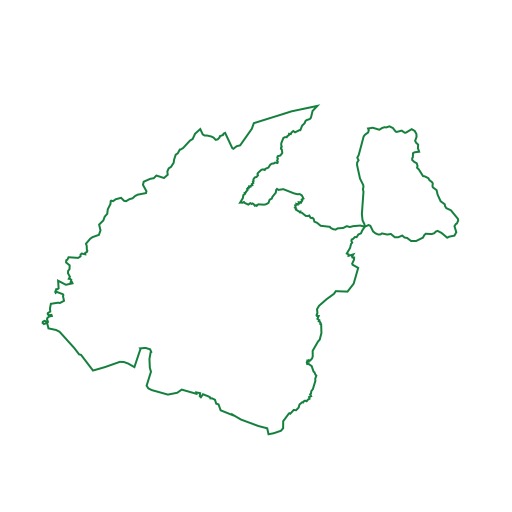 the district of Lahat, Sumatera Selatan, Indonesia, rotated 197°
{"feature_id": "22746128B84107388414918", "entity_name": "Lahat", "entity_type": "district", "adm_level": 2, "iso_a3": "IDN", "parent_name": "Indonesia", "parent_adm1": "Sumatera Selatan", "projection": "albers", "projection_center": [103.338, -3.877], "detail": "fine", "context": "isolated", "style": "outline", "palette": "green", "viewbox_px": 512, "rotation_deg": 197, "n_neighbors": 0, "source": "geoboundaries", "source_scale": "gbopen_adm2", "svg_char_len": 6134}
<svg xmlns="http://www.w3.org/2000/svg" viewBox="0 0 512 512"><g transform="rotate(197 256 256)"><path d="M160.5,315.8L165.2,315.6L171.9,312.9L174.8,311.1L177.9,311.1L180.8,308.3L186.0,306.3L187.6,304.5L190.2,304.2L192.9,304.7L193.9,305.5L203.0,303.8L207.3,305.6L210.2,305.9L211.8,308.4L213.2,309.0L214.4,308.4L215.2,308.6L216.9,310.3L217.9,309.4L220.2,308.9L224.8,310.8L226.6,310.6L226.7,311.4L227.4,311.0L231.4,312.0L231.3,312.7L232.8,313.6L232.3,314.2L233.4,315.9L232.1,316.9L232.5,317.6L231.1,317.5L231.2,318.1L230.1,318.7L230.8,319.9L228.8,320.0L229.0,320.7L228.5,320.7L227.9,322.5L228.1,322.9L229.0,322.3L228.5,322.6L228.8,323.3L227.4,324.8L229.9,327.4L232.3,328.0L234.2,327.2L238.0,327.0L249.4,327.9L253.8,325.8L255.5,326.3L256.0,325.2L255.6,322.3L257.6,317.4L257.7,315.5L259.4,313.9L259.6,310.4L261.7,308.3L263.4,307.4L268.9,306.1L270.0,304.2L270.8,304.6L271.7,303.7L273.6,305.0L274.8,305.2L275.4,304.5L276.9,304.9L278.4,302.9L282.7,303.5L283.3,304.1L284.9,302.8L285.5,303.0L286.8,302.4L285.5,307.5L285.9,310.5L284.7,312.2L285.3,313.0L284.3,313.8L284.4,314.6L283.4,316.3L284.1,317.5L283.0,318.3L283.5,319.0L282.7,319.6L283.0,320.5L281.5,320.7L281.6,321.6L280.2,322.6L281.0,323.6L279.9,325.0L280.7,326.2L280.2,327.1L280.8,327.8L280.7,329.4L279.9,331.0L278.7,331.6L277.7,333.7L278.6,334.9L278.3,336.2L276.1,339.9L274.7,340.9L272.8,340.8L272.6,342.0L270.0,344.2L269.0,347.6L267.6,349.1L266.1,349.6L265.1,350.9L262.7,351.2L262.7,352.5L263.7,353.4L263.5,355.4L264.4,356.2L264.4,357.8L262.1,359.2L261.0,362.2L262.5,365.5L263.5,365.8L263.8,367.4L263.3,368.0L264.4,369.6L264.8,371.4L264.3,376.9L263.2,378.0L261.3,378.6L261.2,379.6L259.9,381.2L260.1,382.5L258.4,382.7L258.2,384.4L256.9,386.4L254.8,385.7L251.1,389.2L250.4,389.3L250.0,394.1L248.3,397.3L248.2,399.4L247.4,400.7L244.6,402.7L243.9,404.3L244.3,411.3L241.2,417.5L264.2,404.8L296.9,382.4L297.2,376.4L303.5,357.2L306.6,355.3L309.0,351.9L310.3,352.3L321.5,364.7L322.8,363.5L322.9,362.1L325.6,360.0L325.5,358.6L326.8,356.3L328.5,355.3L331.2,356.8L333.6,357.2L338.0,356.9L340.3,356.2L342.5,356.7L346.4,361.1L350.0,355.1L350.8,349.3L352.8,347.2L357.3,337.9L359.3,335.7L360.0,335.5L360.8,331.4L362.4,329.4L362.5,324.1L362.0,321.1L363.3,316.4L365.1,314.3L365.5,310.9L364.2,307.9L366.8,303.7L374.8,303.8L376.5,300.5L379.7,298.9L385.1,294.2L384.9,291.0L379.7,285.9L379.6,284.0L387.0,280.1L389.1,278.1L390.9,275.1L393.7,273.3L396.3,270.4L398.3,270.2L402.0,272.2L406.7,269.3L408.7,266.7L410.6,266.6L411.0,266.0L410.4,263.2L411.4,257.3L410.6,252.9L412.2,249.3L412.4,245.3L415.2,240.2L412.2,235.0L412.4,230.3L417.9,226.2L419.6,224.0L422.2,218.0L420.9,216.3L419.5,212.3L418.9,211.9L418.8,210.6L420.2,209.1L419.7,207.7L423.4,207.4L424.2,206.1L423.7,204.3L425.5,202.2L434.9,200.0L435.3,197.3L436.2,196.5L435.7,194.3L431.5,192.6L430.5,189.0L431.3,186.8L430.8,184.6L427.9,181.7L428.3,179.5L426.8,179.7L425.6,179.1L425.6,176.7L424.3,177.2L423.5,176.2L429.4,172.9L438.0,174.5L435.3,167.3L436.3,166.0L437.3,165.9L437.5,162.9L436.8,162.2L436.2,163.4L429.6,163.0L428.8,162.3L428.8,161.1L426.5,157.0L429.8,153.7L431.6,153.5L438.2,150.3L437.7,145.6L436.5,142.7L438.4,140.5L438.3,139.7L437.0,138.7L434.4,139.9L433.7,138.9L435.8,137.9L437.4,135.9L437.4,134.5L435.6,132.1L435.8,131.7L439.2,132.2L440.6,130.8L440.5,129.6L438.9,128.9L437.1,130.3L435.9,130.4L433.3,126.1L425.6,126.8L421.7,126.1L402.8,114.8L396.4,110.2L394.4,110.3L378.4,98.8L368.1,105.5L355.2,115.0L351.4,116.0L347.0,115.8L339.8,114.2L339.3,133.5L339.7,133.8L334.8,135.8L330.0,135.8L328.1,133.6L328.6,133.1L327.8,126.4L324.9,118.2L322.6,114.6L322.7,100.0L320.2,97.9L316.4,97.3L299.7,97.7L291.3,102.2L288.0,106.5L272.7,106.8L273.3,108.1L269.3,108.5L268.8,105.5L267.4,104.8L266.3,108.3L260.2,107.8L258.5,107.4L258.0,106.5L256.2,107.0L253.2,106.5L250.9,103.2L248.4,103.1L244.7,98.1L232.0,97.0L232.2,97.5L222.6,95.2L204.3,94.1L194.9,94.5L191.9,89.2L187.2,91.7L181.0,96.2L179.7,99.2L181.7,106.0L178.6,114.7L178.2,115.4L177.1,115.2L174.9,119.8L172.6,120.2L170.9,123.5L171.0,126.7L169.0,129.7L168.0,129.8L167.9,130.9L166.8,132.0L165.1,131.9L164.4,133.8L163.2,134.9L163.9,134.7L163.1,135.2L164.0,136.6L162.3,138.0L163.8,139.5L163.2,140.5L163.6,142.9L162.7,145.3L162.7,153.9L163.5,156.1L163.3,159.2L164.7,160.1L166.0,161.8L167.1,162.2L170.6,167.0L174.0,168.1L175.4,167.6L176.0,168.6L175.2,168.7L176.3,170.1L176.3,171.0L174.7,170.7L174.9,171.8L173.6,171.9L172.4,174.5L172.4,176.6L174.1,181.9L171.7,192.3L170.6,194.7L170.9,201.4L173.7,209.7L174.8,209.9L174.7,210.9L175.6,211.7L176.9,211.9L176.6,213.1L178.9,213.9L178.5,216.9L180.3,216.5L180.8,217.0L180.6,219.4L182.1,223.0L181.1,226.9L175.9,235.3L170.4,242.6L169.4,245.7L158.1,248.7L154.5,258.1L154.8,274.5L161.1,275.9L161.8,276.8L161.2,281.1L161.7,283.2L163.3,282.7L164.0,283.6L163.4,286.0L167.6,283.2L168.0,284.6L169.9,284.9L168.4,291.2L168.6,295.3L167.9,296.9L169.2,298.3L169.3,299.8L168.3,300.6L166.9,303.1L165.3,303.4L164.4,306.5L162.2,308.4L161.9,311.4L160.5,315.8ZM186.1,410.7L184.9,409.2L184.9,406.9L187.2,403.9L188.0,401.9L187.3,382.5L187.9,379.7L185.9,377.5L186.6,375.0L186.0,372.6L179.2,360.5L174.1,355.1L173.3,352.9L173.4,351.4L172.0,348.8L167.0,327.0L164.5,321.2L161.6,318.1L160.5,315.8L157.4,318.5L155.5,318.3L151.2,313.7L148.4,312.6L145.2,312.3L143.2,313.1L142.2,314.4L136.7,314.9L133.5,316.5L128.7,314.5L125.5,315.5L122.1,318.3L119.4,317.1L116.7,317.4L112.1,315.7L107.2,317.2L101.7,322.4L101.2,325.1L100.2,326.9L94.5,328.3L92.3,329.8L91.2,331.9L89.7,333.1L85.3,332.3L78.5,329.4L77.0,330.9L72.2,333.5L71.4,337.3L74.9,342.5L74.3,344.9L73.4,345.8L73.0,349.0L73.8,350.6L83.0,356.7L88.0,357.4L89.8,359.0L90.7,360.7L95.4,362.3L100.2,367.7L102.6,371.8L106.8,373.3L107.6,374.2L108.2,377.1L109.1,378.0L112.4,379.3L113.9,380.8L117.9,381.5L119.6,381.2L125.6,386.4L127.8,387.5L127.8,389.2L129.3,391.6L132.3,392.3L134.7,393.5L135.2,395.2L134.9,396.3L135.9,400.2L134.6,401.6L130.5,403.4L132.7,406.5L133.5,409.9L136.1,411.2L137.5,412.7L137.3,416.9L138.3,419.6L140.8,422.0L144.2,422.8L148.8,417.7L150.0,417.4L153.3,418.5L157.7,415.8L158.8,415.8L162.5,418.4L166.3,419.0L169.1,417.0L170.8,416.7L172.8,415.3L175.0,412.8L181.8,412.8L186.1,410.7Z" fill="none" stroke="#15803d" stroke-width="2"/></g></svg>